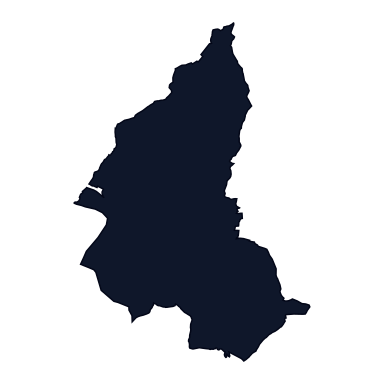 Nasaud, Bistrita-Nasaud, Romania
{"feature_id": "2599482B93549401170877", "entity_name": "Nasaud", "entity_type": "district", "adm_level": 2, "iso_a3": "ROU", "parent_name": "Romania", "parent_adm1": "Bistrita-Nasaud", "projection": "natural_earth1", "projection_center": [24.415, 47.298], "detail": "fine", "context": "isolated", "style": "filled", "palette": "ink", "viewbox_px": 384, "rotation_deg": 0, "n_neighbors": 0, "source": "geoboundaries", "source_scale": "gbopen_adm2", "svg_char_len": 5984}
<svg xmlns="http://www.w3.org/2000/svg" viewBox="0 0 384 384"><path d="M305.3,314.0L306.4,312.3L307.3,310.4L309.8,306.9L309.1,305.1L305.8,304.0L301.9,303.6L297.3,301.0L292.4,299.0L291.0,299.8L288.8,300.7L287.0,301.0L285.1,301.0L282.9,300.2L283.9,298.2L283.3,297.6L282.8,297.2L282.0,296.3L281.1,294.9L280.2,292.6L280.0,291.7L280.0,291.0L280.2,290.4L280.6,289.7L280.8,288.8L280.5,287.4L279.9,284.7L278.3,280.8L277.6,278.8L276.7,277.4L276.0,275.2L276.1,268.8L272.2,259.2L269.5,255.3L268.3,252.2L266.8,249.3L264.7,248.4L258.3,246.4L257.4,245.0L254.9,243.6L254.4,242.1L250.8,241.5L249.3,241.0L249.6,240.3L243.5,238.6L240.7,238.3L239.2,238.3L236.3,238.8L236.6,237.8L237.0,237.8L237.7,237.7L237.8,237.1L237.8,236.3L238.0,235.2L238.3,235.3L238.8,230.5L234.4,230.3L234.5,229.6L234.9,228.6L235.2,226.9L235.4,226.4L236.0,226.2L238.5,226.0L238.7,224.9L238.7,223.8L238.8,222.3L239.5,221.2L240.1,219.6L241.4,218.5L242.3,218.4L242.0,213.3L240.6,213.3L239.1,213.5L237.6,213.4L236.6,213.3L237.0,212.8L237.2,211.4L237.9,211.3L237.1,209.5L237.1,208.6L239.1,208.2L239.5,207.9L236.8,206.4L236.4,205.8L235.8,204.2L235.8,203.5L236.5,200.6L236.6,199.5L236.8,198.8L235.4,198.7L234.0,198.8L231.3,199.4L230.4,199.2L228.9,198.0L227.2,197.7L225.2,197.1L224.6,196.1L224.6,195.1L225.0,194.1L225.1,193.3L224.4,191.7L224.4,190.3L226.5,184.8L226.9,181.7L227.2,180.7L229.8,178.0L230.7,176.4L231.1,174.2L230.8,170.8L229.8,168.4L230.4,166.6L232.6,164.8L233.7,163.6L232.9,163.5L231.9,163.2L230.3,162.1L229.6,161.2L230.1,160.1L230.5,159.8L231.3,159.0L231.6,157.9L232.5,156.6L233.2,156.2L234.8,155.7L235.4,155.4L236.6,152.9L238.7,150.2L240.8,146.1L240.8,145.1L239.2,141.9L239.2,138.4L238.9,136.4L239.6,130.9L240.2,129.3L241.3,128.3L241.4,126.4L242.4,122.6L244.4,119.9L244.4,119.6L245.2,116.3L245.2,115.2L247.8,109.9L248.4,109.5L251.6,106.0L250.5,104.1L248.5,100.1L247.1,97.8L246.7,96.9L246.9,95.5L248.3,92.7L249.1,90.8L248.0,87.4L247.7,85.3L245.9,83.2L244.4,80.9L244.0,78.6L243.9,78.0L243.0,73.4L242.7,73.1L242.6,72.4L242.2,70.1L242.3,69.4L242.2,68.8L241.7,68.0L240.7,67.2L238.0,64.0L237.6,63.2L237.3,61.2L236.7,60.4L233.3,54.7L232.8,53.7L232.4,52.0L231.6,47.3L230.4,45.7L231.2,44.0L231.7,41.1L232.4,40.1L233.7,38.8L234.5,36.9L233.7,36.1L232.0,34.8L230.9,33.4L231.0,32.2L231.3,31.1L232.3,28.6L232.9,26.7L233.7,24.9L233.7,23.2L233.4,23.0L232.9,23.5L232.2,24.1L229.1,25.9L226.8,26.2L226.4,26.5L224.3,26.9L223.7,27.2L223.6,28.1L223.3,28.9L222.9,29.3L221.9,30.0L220.4,30.6L218.7,29.4L217.6,29.1L215.8,29.3L213.1,29.9L212.4,31.8L212.3,33.7L212.1,34.4L212.2,35.4L210.9,38.7L210.7,40.3L210.9,41.7L211.5,43.3L209.5,43.8L201.0,54.6L202.8,56.5L198.3,61.9L196.9,61.2L192.5,64.0L191.3,62.9L187.8,64.1L185.9,65.0L181.9,65.3L179.7,66.4L177.3,67.9L175.3,68.8L175.4,69.5L175.3,70.6L173.7,74.8L172.9,77.8L173.0,82.2L170.6,83.8L169.6,85.0L169.2,87.7L171.2,89.9L171.6,91.2L171.7,92.6L168.7,96.0L166.7,97.8L165.7,99.3L162.9,100.2L161.8,100.2L160.3,100.4L158.8,100.9L157.4,100.9L156.2,101.1L154.6,101.5L153.3,103.5L151.3,104.5L149.6,105.6L149.2,106.0L147.9,106.7L142.7,110.7L137.8,113.5L135.4,115.3L134.4,117.6L132.2,118.2L129.1,119.3L124.6,120.3L119.3,123.7L118.2,123.9L117.6,124.2L115.8,128.5L115.3,128.3L115.1,132.1L115.4,135.0L115.4,136.7L116.0,138.1L116.2,142.4L116.8,144.5L116.0,147.4L115.1,148.3L114.3,148.7L114.1,149.0L114.0,150.2L113.6,151.0L113.2,151.5L112.6,151.8L112.2,152.9L111.8,153.4L111.3,153.7L110.8,154.8L110.2,155.2L109.9,155.2L108.9,154.8L108.7,155.6L108.4,156.0L107.7,156.7L106.2,158.7L105.7,159.1L104.9,159.4L104.4,159.8L103.4,161.7L102.4,163.0L101.7,163.6L101.0,164.8L100.3,166.5L99.6,168.1L99.6,168.7L99.0,169.7L98.8,170.3L98.1,170.9L95.9,171.9L95.4,171.9L95.1,172.2L94.6,172.3L94.3,172.8L94.2,173.5L93.8,174.5L93.6,175.4L93.8,175.7L93.2,177.7L92.0,179.7L91.6,180.1L89.0,184.0L90.0,184.5L92.2,185.9L92.5,185.5L97.0,187.5L97.7,186.2L102.6,188.7L103.4,189.3L102.1,191.9L102.1,193.1L102.3,194.0L103.1,196.4L103.7,197.2L103.5,197.3L97.8,192.6L96.1,191.3L95.1,190.8L93.9,190.1L86.6,187.6L86.5,187.9L82.4,191.5L82.8,192.8L81.2,193.8L80.7,194.3L80.4,194.9L79.4,197.4L80.1,198.0L79.5,199.7L78.8,200.9L77.1,202.1L75.4,202.1L74.9,202.2L74.2,202.8L74.2,203.2L76.5,204.2L81.4,205.4L85.3,206.8L95.3,209.1L102.4,212.6L107.6,218.2L106.4,224.9L98.0,237.6L86.4,251.3L83.8,257.3L80.6,264.3L88.9,267.6L93.8,269.7L95.9,272.3L101.2,290.3L113.9,301.3L118.0,302.4L128.9,306.8L129.0,310.1L132.0,315.6L132.2,321.8L135.9,317.8L137.8,316.7L140.0,315.9L143.3,315.1L146.7,313.9L148.9,312.9L149.8,311.7L150.3,309.6L151.5,308.3L152.2,307.2L152.4,306.2L153.1,305.6L153.6,303.0L154.7,303.7L155.8,303.9L156.6,304.7L157.6,305.4L158.8,305.7L159.7,305.7L162.7,306.8L163.8,307.0L164.8,307.0L165.4,307.3L167.1,307.2L173.0,306.4L175.0,305.6L175.5,304.1L176.4,304.5L177.9,305.4L178.5,306.2L179.4,306.8L180.5,307.8L180.7,308.5L184.5,312.3L186.6,313.5L187.8,314.3L188.8,314.9L190.2,315.7L191.2,317.1L191.6,318.4L192.2,319.8L190.7,324.2L190.5,327.4L190.8,329.4L190.7,331.0L189.7,335.2L189.6,337.7L188.7,339.6L188.5,341.1L189.2,342.5L189.5,344.6L189.4,347.0L189.8,348.1L192.5,348.9L193.4,348.9L199.3,347.7L205.8,348.6L208.8,348.9L210.2,349.4L211.3,349.1L213.5,349.2L214.3,348.7L215.0,348.8L215.8,348.0L216.3,347.8L217.1,348.4L217.4,349.3L218.1,349.7L218.9,349.9L219.7,349.0L221.5,349.0L224.4,351.7L225.1,351.9L224.4,354.6L224.7,356.0L225.0,356.3L225.3,356.8L225.6,357.2L225.9,357.4L226.5,357.0L226.7,356.6L226.5,356.0L226.5,355.3L226.5,354.4L226.7,354.1L227.1,354.2L227.2,354.5L227.9,355.5L228.6,356.3L229.4,356.8L229.8,355.9L229.4,354.4L229.3,353.9L229.5,352.9L229.1,352.1L241.3,358.5L242.4,359.5L243.8,361.0L245.9,359.6L249.2,356.8L249.9,355.8L251.2,354.5L252.1,353.4L254.1,352.1L255.9,351.1L256.4,349.8L258.3,346.8L259.5,344.3L262.9,340.2L265.0,338.2L266.3,337.4L269.0,334.6L270.8,333.6L272.2,332.5L274.9,331.3L277.7,329.4L280.5,327.0L281.3,326.8L282.4,325.4L283.4,324.0L284.1,322.7L285.1,321.2L284.6,319.6L284.9,318.2L286.0,318.0L285.8,316.7L285.3,315.8L286.1,314.6L293.9,314.0L302.9,314.2L305.3,314.0Z" fill="#0f172a" stroke="#020617" stroke-width="1.5"/></svg>